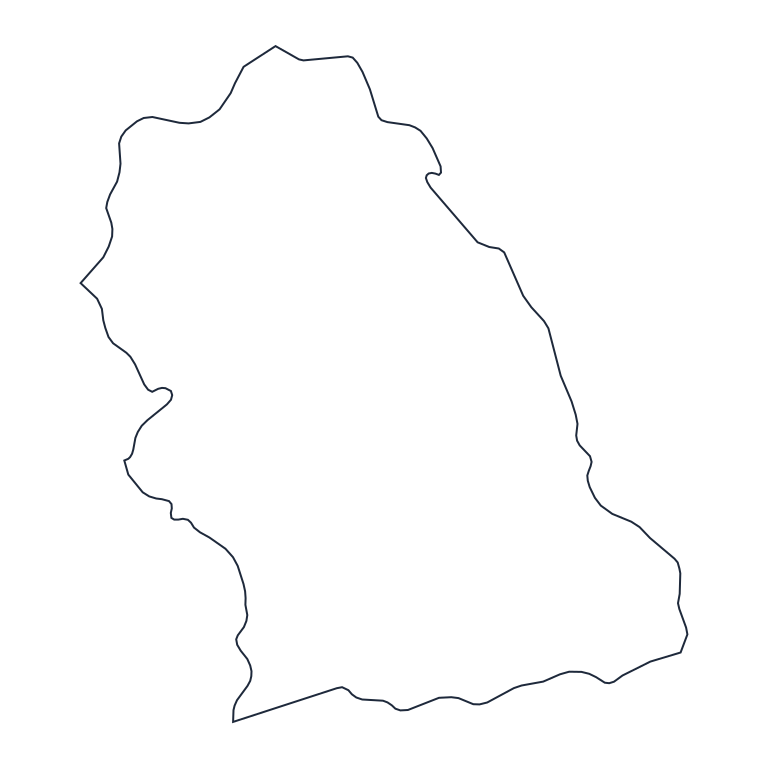 an SVG outline of Hunedoara
{"feature_id": "ROU-297", "entity_name": "Hunedoara", "entity_type": "County", "adm_level": 1, "iso_a3": "ROU", "parent_name": "Romania", "parent_adm1": "", "projection": "natural_earth1", "projection_center": [22.886, 45.787], "detail": "fine", "context": "isolated", "style": "outline", "palette": "slate", "viewbox_px": 768, "rotation_deg": 0, "n_neighbors": 0, "source": "natural_earth", "source_scale": "10m", "svg_char_len": 2418}
<svg xmlns="http://www.w3.org/2000/svg" viewBox="0 0 768 768"><path d="M680.6,652.5L650.3,661.6L622.5,675.5L614.0,681.7L609.2,683.2L604.8,682.7L596.0,677.1L589.2,673.8L581.5,671.9L569.2,671.7L560.0,674.3L543.2,681.6L521.6,685.5L513.9,688.1L487.2,702.5L479.5,704.4L473.3,704.2L458.5,698.1L451.3,697.2L439.0,697.8L407.9,710.0L400.4,710.4L395.4,708.7L391.8,705.3L387.5,702.4L383.0,700.7L362.2,699.5L356.3,697.5L351.9,694.3L348.4,690.2L342.1,687.2L336.8,688.2L233.1,721.9L233.5,710.1L234.6,705.6L237.0,700.2L247.5,685.9L250.2,680.9L251.3,676.2L251.5,671.2L250.2,665.5L247.3,659.0L240.7,650.7L237.2,644.8L236.2,639.3L237.8,635.3L243.9,627.1L246.4,620.9L247.3,615.1L245.4,604.8L245.6,598.1L245.1,591.3L243.5,584.0L237.7,565.9L233.0,557.2L225.5,548.8L209.4,537.5L200.0,532.3L194.0,527.6L191.0,522.7L187.9,519.8L182.9,518.8L178.3,519.6L174.2,519.6L171.4,517.9L170.8,513.0L171.8,508.4L171.5,504.1L169.0,501.1L161.9,499.2L156.2,498.5L149.2,496.4L142.7,492.3L128.3,474.6L124.3,460.5L128.3,458.8L130.1,457.1L132.1,453.7L133.3,449.5L135.4,437.9L137.8,432.0L141.7,425.8L147.4,420.2L166.9,404.4L171.0,399.7L172.2,395.1L170.9,391.0L165.5,388.2L162.0,387.9L158.2,388.8L152.2,391.8L148.1,389.7L144.2,384.4L135.1,364.4L130.4,356.8L126.4,352.8L113.1,343.3L108.5,337.0L105.3,327.9L103.3,320.3L101.9,308.9L97.1,298.7L80.6,283.1L103.3,257.3L108.7,246.6L112.1,236.5L112.4,229.0L111.3,222.7L106.2,208.1L107.3,202.0L110.1,194.4L117.1,181.6L119.5,172.3L120.5,163.7L119.1,143.4L121.3,136.6L125.7,130.4L137.0,121.3L143.7,118.0L152.4,117.0L179.5,122.8L188.6,123.4L200.4,121.9L209.4,117.4L219.6,109.3L230.7,93.1L235.0,83.2L243.6,66.8L275.5,46.1L299.0,59.4L303.5,60.4L347.9,56.3L352.7,57.6L357.3,62.8L362.5,71.9L369.9,89.3L378.3,116.7L381.5,120.2L387.4,122.1L409.4,125.2L415.1,127.4L420.5,130.8L426.7,138.4L432.6,148.1L440.6,166.4L441.0,172.6L438.9,174.9L435.4,173.6L431.8,172.9L428.7,173.5L426.7,175.3L425.9,178.0L427.3,182.1L430.6,187.6L477.6,242.3L489.2,247.0L498.8,248.5L504.2,252.4L523.2,295.8L531.3,307.2L544.0,321.1L548.4,328.3L560.7,375.7L571.6,401.5L575.7,414.7L577.5,423.9L576.2,435.5L577.1,440.7L579.7,445.4L590.0,456.2L591.6,461.9L590.6,466.2L588.8,470.8L587.3,475.5L587.8,480.8L589.7,487.1L594.9,497.8L600.8,505.6L612.3,513.9L631.3,521.7L639.6,527.1L650.1,538.1L674.5,558.7L677.7,562.5L679.4,568.6L680.3,573.3L679.7,593.9L678.0,603.2L679.3,608.9L686.1,627.6L687.4,634.4L680.6,652.5Z" fill="none" stroke="#1e293b" stroke-width="2"/></svg>